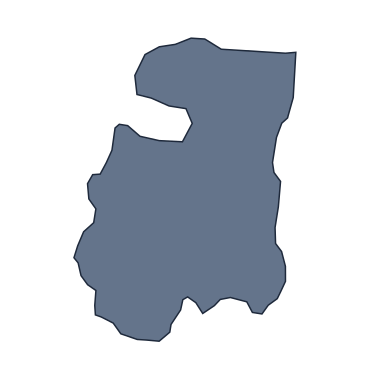 Kungsbacka, Halland, Sweden (Natural Earth projection), rotated 99°
{"feature_id": "70781695B93011743740918", "entity_name": "Kungsbacka", "entity_type": "district", "adm_level": 2, "iso_a3": "SWE", "parent_name": "Sweden", "parent_adm1": "Halland", "projection": "natural_earth1", "projection_center": [12.215, 57.462], "detail": "fine", "context": "isolated", "style": "filled", "palette": "slate", "viewbox_px": 384, "rotation_deg": 99, "n_neighbors": 0, "source": "geoboundaries", "source_scale": "gbopen_adm2", "svg_char_len": 1053}
<svg xmlns="http://www.w3.org/2000/svg" viewBox="0 0 384 384"><g transform="rotate(99 192 192)"><path d="M328.5,268.2L329.6,262.2L333.8,249.3L343.2,240.1L346.2,223.0L345.3,213.3L344.5,201.1L333.9,192.0L326.1,192.0L310.3,184.8L299.8,184.2L296.3,179.9L300.7,170.9L310.3,162.4L300.7,152.1L293.7,147.3L290.2,137.6L291.9,120.7L301.5,113.5L301.5,103.8L291.9,99.0L284.0,91.1L276.1,88.7L266.3,85.9L265.6,85.7L250.8,88.1L236.8,94.2L229.8,101.4L214.1,104.4L193.1,104.4L167.7,106.2L159.9,114.1L150.3,117.1L124.9,117.1L110.0,114.1L103.9,109.2L101.8,109.0L82.9,106.8L37.8,111.3L40.3,121.4L46.4,185.4L38.9,203.3L40.2,217.0L48.8,231.6L53.7,247.0L63.6,259.9L85.8,266.7L104.3,261.6L105.6,247.0L110.6,228.2L110.6,211.0L124.2,202.5L143.9,209.3L146.4,232.4L145.1,252.1L136.5,265.9L136.5,274.4L140.8,278.0L163.3,277.6L176.4,281.2L188.7,285.5L190.4,292.8L200.1,296.5L215.0,292.8L223.7,284.3L237.7,284.3L248.2,292.8L263.1,296.5L275.4,298.3L279.8,293.4L292.0,288.5L299.9,280.6L304.3,271.5L319.2,270.3L328.5,268.2Z" fill="#64748b" stroke="#1e293b" stroke-width="1.5"/></g></svg>